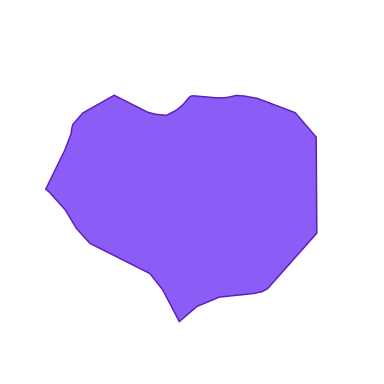 the border of Saint Joseph, rotated 339°
{"feature_id": "DMA-1436", "entity_name": "Saint Joseph", "entity_type": "Parish", "adm_level": 1, "iso_a3": "DMA", "parent_name": "Dominica", "parent_adm1": "", "projection": "robinson", "projection_center": [-61.392, 15.442], "detail": "fine", "context": "isolated", "style": "filled", "palette": "violet", "viewbox_px": 384, "rotation_deg": 339, "n_neighbors": 0, "source": "natural_earth", "source_scale": "10m", "svg_char_len": 604}
<svg xmlns="http://www.w3.org/2000/svg" viewBox="0 0 384 384"><g transform="rotate(339 192 192)"><path d="M133.7,308.4L129.6,272.9L123.5,253.1L78.3,203.4L71.1,184.7L67.3,163.3L58.5,140.4L56.4,137.0L88.2,107.4L100.2,94.0L102.1,90.2L104.9,86.3L118.3,79.1L154.0,73.8L179.2,101.6L186.2,106.6L195.7,111.3L207.3,109.9L215.2,107.1L223.3,102.6L225.4,102.1L227.8,102.7L248.3,112.7L255.5,115.5L261.7,116.9L267.7,117.6L275.3,121.2L286.8,128.2L316.8,155.0L327.6,185.3L293.8,275.1L228.0,309.3L221.9,310.2L213.4,308.9L179.8,299.9L155.6,300.6L133.7,308.4Z" fill="#8b5cf6" stroke="#5b21b6" stroke-width="1.5"/></g></svg>